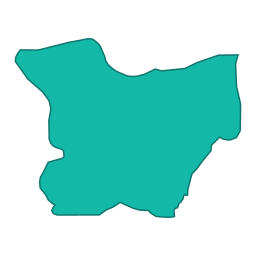 Dékoa, Kémo, Central African Republic
{"feature_id": "33826404B62845091164313", "entity_name": "Dékoa", "entity_type": "district", "adm_level": 2, "iso_a3": "CAF", "parent_name": "Central African Republic", "parent_adm1": "Kémo", "projection": "natural_earth1", "projection_center": [19.104, 6.266], "detail": "fine", "context": "isolated", "style": "filled", "palette": "teal", "viewbox_px": 256, "rotation_deg": 0, "n_neighbors": 0, "source": "geoboundaries", "source_scale": "gbopen_adm2", "svg_char_len": 1261}
<svg xmlns="http://www.w3.org/2000/svg" viewBox="0 0 256 256"><path d="M174.5,216.5L173.9,210.7L174.8,208.7L177.6,207.5L178.8,203.7L180.6,202.2L183.0,199.0L183.9,195.0L187.5,195.2L187.8,189.6L188.8,185.6L192.0,173.7L196.4,169.3L202.7,160.7L210.9,150.8L211.5,145.1L215.4,141.4L219.6,137.1L223.4,139.2L229.6,140.1L236.4,137.6L240.2,130.7L240.6,104.3L236.5,86.3L235.6,63.8L238.0,54.9L218.4,55.2L197.1,62.6L184.8,68.5L161.6,70.9L155.2,69.1L144.4,74.3L137.6,76.1L133.1,76.5L127.8,76.1L120.0,72.9L116.0,71.1L112.0,68.2L108.0,64.6L105.4,60.2L104.7,56.5L99.8,45.4L97.5,43.0L93.7,39.8L91.1,38.8L87.4,38.8L80.6,40.2L68.8,42.4L38.0,50.1L20.4,49.9L18.1,52.8L16.0,56.7L15.6,58.7L15.4,61.5L16.4,63.0L28.0,79.2L42.7,92.0L48.9,100.4L50.0,104.4L50.9,109.1L48.9,120.1L49.1,132.5L49.1,138.8L50.9,143.4L53.0,145.8L55.4,147.1L57.6,148.0L60.9,149.0L62.5,149.7L63.6,151.6L63.9,154.7L63.9,156.9L61.9,158.6L59.0,159.2L52.7,161.0L48.2,162.3L43.5,171.8L40.4,177.4L39.7,182.1L40.2,188.0L43.1,191.5L46.2,195.6L48.2,199.9L52.4,203.4L54.9,205.3L52.7,208.1L51.8,210.8L53.5,213.7L57.1,215.0L99.3,214.9L106.3,209.9L113.3,206.9L120.1,202.4L133.3,208.3L139.3,210.0L148.3,210.5L151.2,213.4L156.0,216.4L163.7,217.1L171.0,217.2L174.5,216.5Z" fill="#14b8a6" stroke="#0f766e" stroke-width="1.5"/></svg>